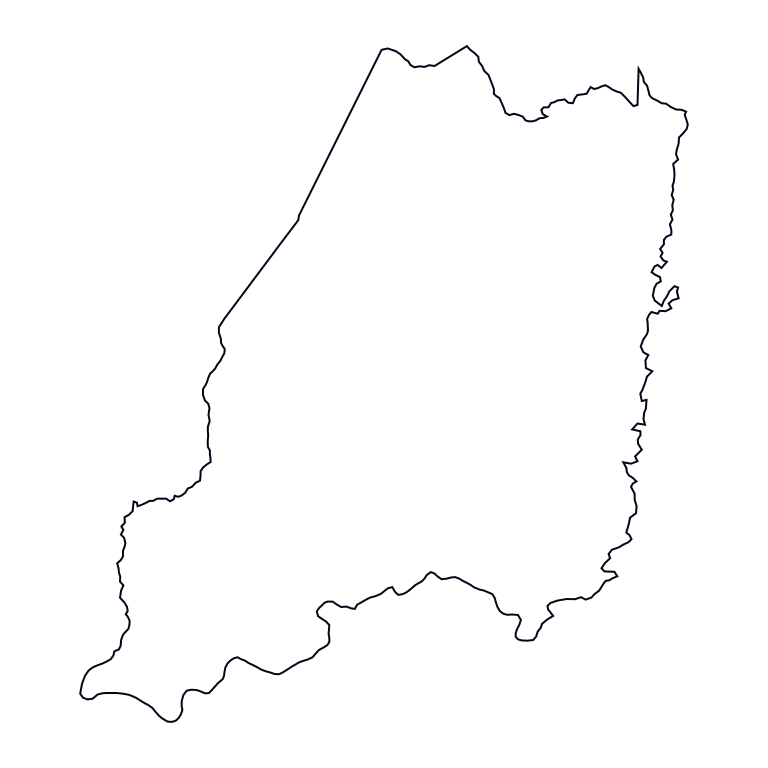 Centenário, Tocantins, Brazil
{"feature_id": "56859067B98200216109672", "entity_name": "Centenário", "entity_type": "district", "adm_level": 2, "iso_a3": "BRA", "parent_name": "Brazil", "parent_adm1": "Tocantins", "projection": "mercator", "projection_center": [-47.444, -9.076], "detail": "fine", "context": "isolated", "style": "outline", "palette": "ink", "viewbox_px": 768, "rotation_deg": 0, "n_neighbors": 0, "source": "geoboundaries", "source_scale": "gbopen_adm2", "svg_char_len": 5777}
<svg xmlns="http://www.w3.org/2000/svg" viewBox="0 0 768 768"><path d="M128.9,514.8L124.6,517.1L124.8,522.8L121.4,526.5L123.4,529.9L120.9,534.5L124.1,537.9L125.4,543.2L124.6,546.7L123.0,550.8L123.0,556.4L120.9,560.0L117.2,563.3L118.5,568.1L119.0,572.7L120.2,576.5L120.0,581.6L123.4,585.3L121.1,590.6L120.0,597.7L124.3,602.4L127.0,606.8L127.7,611.0L125.8,614.2L128.1,617.3L129.7,621.0L129.4,624.9L128.4,628.9L125.1,632.3L122.8,635.2L121.1,640.0L120.7,645.6L118.9,649.4L114.4,651.3L113.3,655.7L110.6,659.3L106.6,661.5L102.6,663.5L97.8,665.2L93.1,667.2L88.8,670.3L85.1,675.6L83.8,679.0L82.1,683.5L81.1,688.6L80.2,693.7L83.0,697.7L87.6,699.4L92.7,698.7L97.6,694.5L102.8,693.2L106.7,693.0L110.8,693.0L116.8,693.0L123.0,693.7L128.6,694.7L132.5,696.2L136.6,698.1L141.1,701.0L145.0,703.4L148.4,705.1L152.4,708.0L156.1,712.5L159.1,715.9L162.4,718.5L167.5,721.6L172.0,721.9L175.9,720.6L178.7,717.9L180.9,714.4L182.4,710.0L181.7,706.2L181.7,701.3L183.3,695.2L186.7,690.7L191.6,689.7L197.0,690.1L202.0,692.0L205.4,693.4L209.0,693.0L211.9,690.0L214.8,686.7L218.3,682.8L222.7,679.2L224.0,675.8L224.5,672.1L225.3,667.6L227.5,663.4L230.8,660.2L234.2,658.1L237.7,657.3L240.9,659.1L245.1,660.7L248.7,663.1L253.5,665.3L257.9,667.6L261.5,669.7L265.5,671.2L269.7,672.3L274.6,674.0L279.0,674.2L282.1,672.8L285.1,671.0L288.9,668.6L292.3,666.3L295.3,664.6L298.8,662.5L302.8,661.0L308.0,659.4L312.5,657.3L315.7,653.6L319.0,650.0L323.2,647.7L327.3,645.1L329.3,642.0L329.3,637.6L328.6,633.9L328.9,630.3L329.3,625.0L326.1,621.6L322.6,619.3L318.1,616.2L316.8,611.4L319.0,608.1L321.8,605.5L324.6,602.7L327.8,601.5L332.8,601.7L336.8,604.5L341.1,607.0L346.7,606.6L351.0,608.3L354.8,608.9L357.2,604.6L361.9,602.1L366.1,599.6L370.1,597.6L375.3,596.2L380.9,593.9L384.3,591.1L387.6,588.4L392.3,587.1L394.9,591.7L398.3,594.9L402.8,594.1L406.5,592.3L409.3,590.2L412.1,587.9L414.9,585.4L417.8,583.6L421.6,581.5L424.5,578.6L426.6,575.2L430.8,572.1L434.5,573.5L437.6,576.5L441.6,579.2L447.1,578.6L451.0,577.5L455.1,577.1L459.2,578.6L463.0,581.0L466.5,582.7L470.3,584.7L474.0,587.3L479.4,589.5L484.1,590.6L487.8,592.2L492.3,594.1L494.7,597.9L495.9,602.4L497.5,607.0L499.8,611.0L503.5,613.8L507.4,614.8L512.1,614.5L518.0,615.0L520.9,619.9L519.4,624.6L517.2,628.9L515.7,633.1L515.7,636.7L517.9,639.3L521.6,640.4L527.4,640.7L533.3,640.0L536.2,636.4L537.7,631.6L540.7,627.8L542.1,623.8L547.5,619.3L553.2,615.9L548.0,609.3L547.5,605.8L550.6,602.9L557.4,600.6L566.7,599.0L574.9,599.2L581.2,597.2L585.5,599.6L591.4,597.6L594.5,594.1L599.2,590.6L603.5,583.7L605.7,580.9L609.3,580.3L612.3,578.4L617.3,576.3L614.4,571.8L604.4,571.4L601.5,568.2L605.0,563.0L610.1,558.3L608.6,554.0L611.8,549.8L619.0,547.3L623.1,544.7L628.5,542.2L631.5,539.1L629.5,535.1L626.3,532.6L628.9,523.5L630.0,517.8L636.0,513.2L636.6,506.3L634.7,499.8L634.6,493.6L631.0,486.8L632.9,483.5L636.4,481.4L632.7,477.8L628.9,475.4L626.9,472.2L626.3,467.8L623.3,462.3L631.0,463.7L637.5,461.2L635.1,456.4L641.8,449.7L638.1,443.8L637.8,439.5L640.5,435.1L640.4,431.3L632.2,429.4L637.5,423.5L645.0,424.7L643.5,419.2L644.2,412.7L645.9,408.6L646.5,399.9L641.8,401.0L640.3,393.6L642.3,390.2L645.2,382.6L647.0,376.6L652.3,371.3L646.0,368.1L645.4,360.5L648.3,355.0L643.5,352.4L640.7,346.6L643.2,339.7L647.1,333.9L648.0,330.4L647.6,322.5L647.1,319.0L649.0,314.9L651.4,312.0L657.7,313.7L659.6,310.8L665.6,311.2L671.3,308.3L668.6,303.6L672.5,300.2L678.6,298.3L676.9,291.4L678.1,287.5L674.5,286.2L669.4,291.2L667.0,296.2L663.8,300.9L661.8,306.0L654.7,300.5L652.8,295.7L654.4,287.9L656.6,283.7L660.8,281.4L660.0,277.1L654.9,274.6L651.6,272.2L654.5,266.5L657.6,264.9L661.5,268.0L666.9,261.7L663.3,260.4L660.5,256.4L662.6,252.8L660.1,249.0L663.9,244.4L663.9,239.9L666.3,236.8L671.3,234.5L671.4,230.3L669.9,224.3L672.5,219.6L670.8,214.6L672.9,210.4L672.3,205.0L673.7,199.8L671.7,195.1L673.2,190.0L672.5,185.5L673.8,182.1L674.2,178.5L674.5,174.3L674.2,170.2L673.2,163.9L678.1,159.6L676.0,154.1L676.9,149.3L678.6,143.7L679.0,137.5L682.9,133.6L686.7,128.9L687.8,124.6L686.5,120.1L684.7,114.8L686.1,111.7L681.6,109.8L676.0,109.5L670.8,107.0L666.1,103.7L661.6,103.2L657.4,100.7L652.0,98.1L649.5,95.2L648.5,91.1L647.1,85.8L643.9,82.0L643.2,77.5L640.7,72.5L638.6,68.8L637.5,105.0L633.4,106.1L629.5,101.9L625.0,96.9L620.9,92.8L616.2,91.3L612.1,89.4L609.1,87.3L605.4,85.2L601.3,86.5L597.7,88.2L594.1,89.0L590.6,87.1L588.8,90.0L586.7,93.7L582.6,94.4L577.4,95.0L574.7,98.7L572.9,103.2L568.4,102.8L564.6,99.4L561.1,100.0L557.6,100.4L554.6,102.1L551.0,103.0L548.4,107.3L543.7,107.3L541.3,110.0L542.8,114.2L547.0,116.5L543.5,117.9L539.4,118.3L536.2,120.2L532.8,121.3L529.0,121.3L525.5,120.4L522.8,116.6L517.9,114.8L513.8,113.8L509.5,115.1L505.6,113.0L503.7,107.7L501.5,102.5L499.4,98.0L496.4,96.2L493.8,93.8L494.0,89.4L492.5,85.2L490.6,80.3L488.5,75.0L484.3,71.0L482.1,66.0L478.9,61.8L478.3,56.8L474.3,52.9L470.0,49.6L466.9,46.1L434.5,66.0L429.3,65.2L424.5,66.9L419.6,66.3L414.4,67.3L410.3,64.9L408.4,61.4L404.8,59.1L400.6,54.4L395.8,51.2L387.8,48.5L381.6,49.8L299.0,215.5L298.3,220.0L296.2,222.9L284.8,237.9L228.6,313.1L224.5,318.5L218.9,327.2L218.9,332.9L220.8,338.5L221.1,342.9L222.7,346.1L224.8,349.2L224.3,353.3L222.2,357.2L220.4,360.7L217.4,364.5L215.2,368.5L212.9,371.1L210.1,373.6L208.2,378.1L207.1,381.9L205.6,385.0L203.0,389.1L203.0,395.0L205.0,400.6L208.2,403.6L209.5,408.1L208.5,414.8L209.7,421.0L207.9,426.7L207.8,430.6L208.2,435.6L207.7,441.5L207.9,446.9L209.9,450.5L209.9,454.4L210.4,457.8L210.6,462.0L206.9,464.4L203.2,467.3L200.6,471.2L200.5,475.8L200.0,480.6L195.7,482.8L192.0,486.8L187.8,488.5L185.2,492.8L181.5,495.6L178.1,496.8L174.7,495.8L173.8,499.2L170.1,501.3L166.2,498.7L161.3,498.7L157.0,498.7L153.1,500.9L149.7,500.9L146.0,502.8L141.7,504.8L137.6,506.2L136.9,502.7L133.7,501.5L133.2,505.5L132.6,511.2L128.9,514.8Z" fill="none" stroke="#020617" stroke-width="2"/></svg>